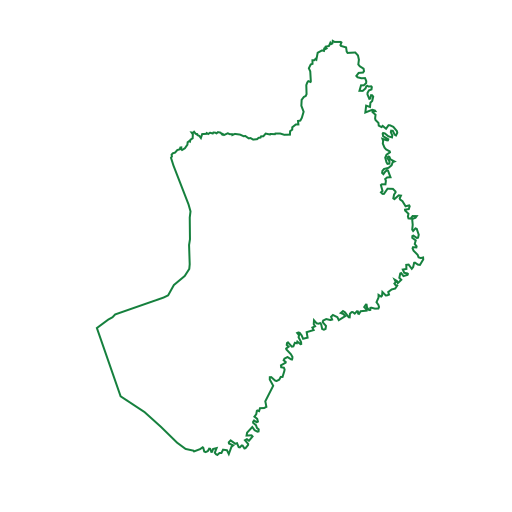 Srei Snam, Siemréab, Cambodia (Natural Earth projection), rotated 161°
{"feature_id": "14789045B20836207890742", "entity_name": "Srei Snam", "entity_type": "district", "adm_level": 2, "iso_a3": "KHM", "parent_name": "Cambodia", "parent_adm1": "Siemréab", "projection": "natural_earth1", "projection_center": [103.506, 13.832], "detail": "fine", "context": "isolated", "style": "outline", "palette": "green", "viewbox_px": 512, "rotation_deg": 161, "n_neighbors": 0, "source": "geoboundaries", "source_scale": "gbopen_adm2", "svg_char_len": 6002}
<svg xmlns="http://www.w3.org/2000/svg" viewBox="0 0 512 512"><g transform="rotate(161 256 256)"><path d="M113.4,434.4L114.6,432.1L116.0,431.9L116.3,433.4L118.7,430.8L122.0,431.3L122.6,430.7L121.8,429.3L123.2,429.0L124.1,429.7L125.0,427.8L126.6,428.9L131.5,428.1L135.0,422.0L135.6,423.0L137.0,422.1L138.9,422.7L140.0,419.3L141.9,419.3L144.9,416.3L144.6,412.9L147.3,403.3L147.8,402.8L149.6,404.3L151.0,403.4L152.8,401.2L155.5,392.6L156.9,391.1L159.0,390.8L162.0,388.8L164.2,383.3L164.0,376.9L167.7,371.7L170.0,369.6L172.3,370.0L173.1,366.6L175.5,367.4L179.8,365.9L180.6,363.7L183.1,362.9L184.4,359.7L189.8,361.4L193.2,363.9L197.8,365.5L198.4,365.0L202.7,366.7L203.2,366.3L207.0,368.6L210.1,366.8L212.2,367.5L213.2,366.5L215.1,366.9L216.9,366.1L220.8,367.0L222.8,369.3L224.6,369.6L227.1,373.0L228.6,373.2L231.6,376.0L236.2,378.3L238.9,378.1L238.7,378.8L241.3,379.8L242.7,381.2L246.9,380.8L247.7,382.2L248.4,381.8L249.4,384.2L251.7,385.5L253.4,384.8L254.5,386.0L256.1,386.6L257.0,385.9L259.3,387.5L261.5,386.9L262.6,388.3L263.3,387.7L267.2,388.8L269.7,385.5L270.5,388.0L272.0,389.4L271.9,390.4L273.3,391.2L274.1,393.6L275.3,393.0L276.7,393.7L276.1,391.6L277.6,387.9L280.1,387.3L281.2,385.7L281.7,386.4L283.6,385.8L284.6,383.6L288.2,381.0L291.4,380.3L291.9,381.5L291.3,383.0L292.2,383.2L293.3,381.7L295.9,381.8L298.9,380.1L301.2,380.2L302.8,379.3L303.1,377.5L304.4,376.5L304.6,368.5L303.0,326.7L303.4,319.5L306.1,314.0L313.0,293.3L315.7,288.2L321.4,269.7L323.3,265.5L329.9,260.3L343.1,255.3L351.9,247.4L356.9,246.8L408.2,246.6L411.6,244.8L416.3,244.0L429.9,239.7L429.7,167.4L412.2,144.7L401.5,125.4L391.4,105.2L385.4,96.5L378.5,92.3L378.2,91.4L371.7,91.6L368.7,92.5L368.3,91.9L368.6,88.0L367.5,87.0L365.1,87.2L363.0,89.1L362.1,88.6L362.0,85.3L361.2,85.2L359.4,87.5L355.8,87.2L359.0,83.4L358.3,81.5L357.3,80.5L354.7,81.6L352.8,81.0L350.2,83.6L346.7,81.8L346.2,77.6L341.4,83.5L339.2,84.4L342.6,87.5L342.4,88.7L340.0,89.9L336.7,85.2L334.9,85.2L334.6,80.9L333.6,80.3L331.2,81.5L330.4,81.1L329.6,77.8L328.5,77.7L325.0,79.9L324.6,80.8L326.4,85.4L324.3,85.8L322.8,83.6L318.0,86.5L318.6,87.9L323.4,89.3L321.9,91.9L315.2,95.5L314.0,91.7L311.8,89.4L310.7,89.3L309.9,91.2L311.1,93.2L311.1,96.0L313.0,99.2L312.7,100.2L311.4,101.1L309.5,98.6L308.1,98.8L307.9,101.7L309.8,104.6L307.3,106.3L305.6,109.3L305.0,109.5L303.6,108.3L301.8,110.8L297.8,109.6L295.3,110.0L294.5,115.6L282.0,127.7L283.2,134.7L282.4,136.9L281.0,136.5L278.5,132.0L277.3,131.1L274.3,131.5L272.0,133.6L270.3,133.0L266.6,138.1L265.9,139.4L266.0,141.3L268.4,142.6L268.0,144.5L262.7,145.5L262.4,146.1L263.8,148.4L262.5,149.7L259.1,150.2L256.6,147.0L255.7,146.4L255.1,147.1L254.4,148.7L255.0,151.8L257.7,157.7L257.6,158.7L254.7,159.6L255.9,161.9L255.0,163.6L253.9,163.9L251.6,158.6L250.1,158.4L247.5,161.3L245.8,160.2L244.8,161.6L242.6,158.1L241.9,158.1L241.4,159.9L242.2,165.3L241.1,167.1L242.1,169.8L240.8,169.9L239.7,169.1L238.7,166.1L238.4,162.4L233.8,162.0L232.9,167.5L225.6,167.2L226.0,170.0L223.0,170.3L223.6,172.8L222.1,176.3L220.6,172.6L218.8,171.6L217.2,171.7L216.6,170.2L217.2,165.5L215.8,164.2L214.0,164.4L212.6,167.1L214.5,171.7L213.5,173.1L210.1,173.5L206.5,171.2L204.7,171.1L204.8,174.1L202.5,175.2L199.0,171.7L198.6,168.4L191.2,170.1L192.2,172.6L194.4,174.5L191.7,175.6L190.2,173.8L188.3,167.9L187.4,167.5L186.0,170.8L183.9,171.8L182.8,171.5L181.4,169.4L178.5,170.9L177.7,170.4L178.2,168.3L177.5,167.7L175.0,169.7L169.1,168.3L168.7,169.0L170.3,172.5L167.9,174.3L167.3,174.0L167.8,171.0L166.6,168.0L165.5,167.8L164.7,169.7L163.8,169.6L160.7,167.5L157.4,166.5L156.3,167.7L156.2,169.9L157.1,173.1L153.6,176.9L152.8,179.3L150.9,176.9L149.7,177.5L148.2,180.8L146.1,176.4L144.7,176.1L142.8,176.2L142.7,178.9L138.6,180.2L135.0,179.9L132.2,182.0L133.6,183.2L134.1,184.9L132.3,185.8L132.6,188.5L130.9,186.5L130.7,184.2L126.4,186.2L127.6,188.7L125.3,192.5L124.3,192.6L123.1,189.0L118.9,188.8L118.2,189.6L118.6,190.3L121.3,191.8L121.6,195.4L118.0,194.8L116.8,198.7L114.5,198.2L112.9,193.2L111.0,194.4L108.7,198.1L107.9,198.0L105.7,195.1L103.9,194.2L99.0,198.3L98.5,200.2L100.9,200.4L102.7,201.8L102.8,204.5L105.3,209.7L105.5,212.2L104.7,213.2L101.6,211.9L101.0,212.9L102.0,215.7L99.9,218.7L102.3,222.3L101.7,223.9L100.6,224.1L98.0,220.6L96.8,220.6L95.2,223.1L95.2,229.3L96.2,230.2L99.3,228.5L99.7,230.1L97.7,234.4L96.5,239.3L95.7,240.2L92.8,240.2L91.1,241.4L94.9,242.8L97.7,241.0L99.6,241.9L99.5,243.9L98.1,246.3L100.2,250.4L100.0,251.3L96.3,250.6L94.5,253.0L94.7,254.0L98.4,254.3L99.7,260.2L101.3,262.4L101.4,263.7L99.3,265.9L101.3,266.9L106.6,264.7L107.4,265.8L105.4,269.2L103.3,270.7L103.1,271.6L104.7,274.9L109.7,276.8L114.8,273.1L116.2,273.6L117.1,275.5L115.2,276.3L114.8,282.4L113.8,282.8L110.3,281.6L108.7,284.8L108.8,286.7L106.4,287.6L103.2,286.7L103.4,293.9L104.1,294.4L106.2,293.8L108.9,291.9L109.7,293.5L108.7,295.4L106.6,296.6L102.0,296.2L98.3,297.6L96.2,300.2L94.3,300.3L97.4,303.6L97.6,306.3L98.2,306.9L99.3,306.6L99.8,305.6L99.0,302.0L99.8,299.9L101.7,300.3L102.1,302.1L101.8,306.9L99.6,309.3L95.6,310.4L95.5,311.4L98.3,314.4L99.2,316.6L99.5,321.0L98.3,323.5L98.3,325.6L94.4,322.6L93.6,322.4L92.9,323.3L96.8,327.8L96.4,330.4L95.8,330.9L94.3,330.0L91.9,326.1L88.8,323.9L87.9,325.7L88.2,329.3L87.4,330.5L85.9,329.8L85.4,325.6L84.4,324.4L82.3,326.5L82.1,328.2L84.1,333.4L86.7,335.9L88.1,336.5L91.6,334.0L93.9,337.8L95.3,337.0L97.5,339.3L96.9,342.0L98.7,345.6L98.6,347.3L97.0,350.6L99.0,354.2L98.7,354.9L96.0,354.1L96.2,354.8L98.4,356.4L105.9,356.1L102.9,362.3L99.7,359.8L97.9,363.7L95.7,364.7L93.3,368.5L93.8,370.1L94.8,370.6L96.7,367.7L97.7,367.7L98.0,372.5L97.4,374.0L95.3,375.8L92.6,375.9L91.5,378.0L91.8,378.9L94.4,379.6L95.4,380.7L96.5,380.5L97.9,378.8L101.3,377.4L104.4,378.5L101.1,383.2L98.5,382.3L95.6,383.6L94.8,385.4L95.0,388.7L98.4,389.7L101.8,391.9L102.5,393.6L99.3,395.7L95.1,394.6L93.7,395.6L93.3,398.1L96.1,401.6L96.9,403.8L94.8,408.1L94.3,412.4L95.9,416.1L103.3,418.2L103.7,419.8L102.9,423.9L107.3,427.0L107.5,427.9L105.7,430.1L106.2,430.8L112.0,432.8L113.4,434.4Z" fill="none" stroke="#15803d" stroke-width="2"/></g></svg>